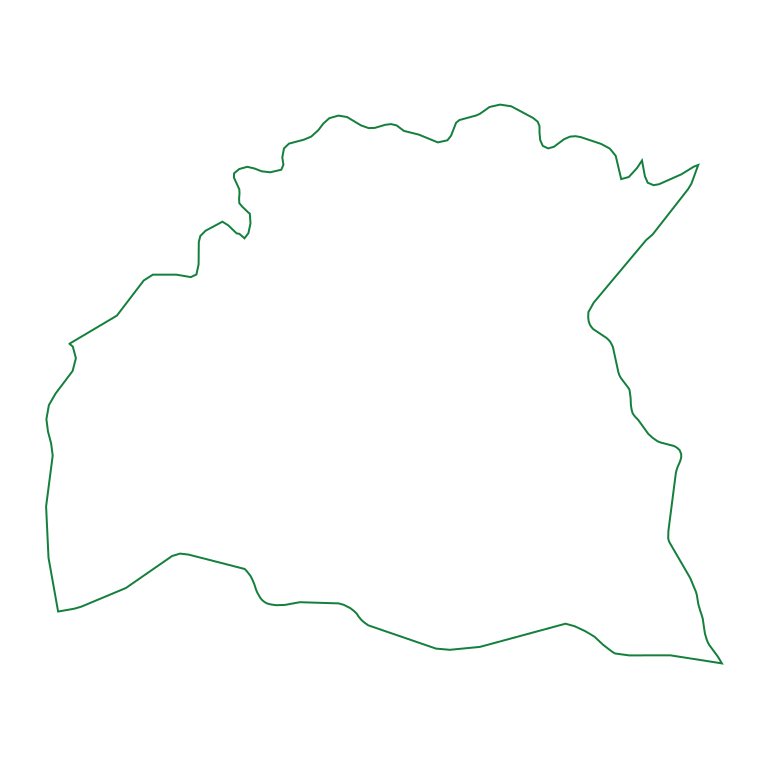 SVG path tracing the border of Soriano
{"feature_id": "URY-11", "entity_name": "Soriano", "entity_type": "Department", "adm_level": 1, "iso_a3": "URY", "parent_name": "Uruguay", "parent_adm1": "", "projection": "robinson", "projection_center": [-57.662, -33.492], "detail": "fine", "context": "isolated", "style": "outline", "palette": "green", "viewbox_px": 768, "rotation_deg": 0, "n_neighbors": 0, "source": "natural_earth", "source_scale": "10m", "svg_char_len": 2616}
<svg xmlns="http://www.w3.org/2000/svg" viewBox="0 0 768 768"><path d="M58.1,611.5L48.5,557.7L46.1,506.4L52.7,455.6L51.1,443.3L48.0,431.6L46.4,419.2L48.9,405.1L55.6,393.5L72.6,371.0L75.9,358.2L72.8,346.6L69.5,343.8L69.5,343.7L116.9,315.6L143.7,280.5L152.8,274.7L176.6,274.7L190.8,277.1L196.4,274.5L198.6,264.4L198.8,242.0L200.3,236.0L205.6,230.7L222.4,221.7L228.2,225.3L236.7,233.4L239.3,233.8L244.5,238.3L248.4,233.2L250.5,223.3L249.8,213.6L248.4,212.6L242.1,206.5L239.3,203.2L239.1,198.6L239.5,193.3L239.3,189.3L233.9,177.5L234.1,173.3L239.3,169.0L247.3,166.8L254.5,168.5L261.7,171.3L270.2,172.3L281.3,169.7L283.4,164.7L282.3,157.4L284.0,148.4L289.0,143.6L303.8,139.7L311.2,136.6L318.3,130.2L323.4,123.5L329.3,118.2L338.4,115.6L347.0,117.0L361.0,125.4L368.7,128.1L374.8,127.9L385.2,124.8L391.1,124.1L396.6,125.4L403.9,130.9L418.8,134.6L437.8,142.4L447.4,140.3L451.1,135.6L456.1,122.7L459.5,120.0L476.1,115.5L479.9,113.8L489.5,107.0L500.1,104.6L511.2,106.3L533.0,117.9L537.6,121.6L539.5,126.1L539.5,132.7L540.2,140.1L542.8,145.9L548.1,148.4L553.9,146.8L564.1,139.2L570.1,136.6L575.6,136.2L580.7,137.1L601.1,143.9L609.8,148.6L615.7,155.8L621.2,179.1L628.8,177.0L636.9,168.2L642.0,160.5L644.9,176.3L647.7,182.7L653.6,185.2L659.1,184.2L681.4,174.3L693.9,166.6L698.2,165.0L691.4,183.7L688.1,189.1L652.6,234.5L646.0,240.2L593.8,302.5L588.4,312.1L588.2,317.5L588.7,321.3L589.8,324.5L591.3,326.9L593.3,329.2L606.0,337.6L608.2,339.5L610.2,341.7L611.6,344.3L612.9,347.0L618.4,372.4L619.4,375.3L620.8,377.9L628.8,388.5L629.0,388.8L629.6,390.4L630.6,398.0L630.9,405.0L631.6,409.6L632.6,413.2L634.2,415.6L636.1,417.8L638.2,419.9L648.3,433.9L652.7,437.9L657.6,441.3L660.6,442.5L674.3,446.1L677.2,447.9L679.6,450.1L681.2,454.0L681.2,457.5L680.3,460.7L679.2,463.5L677.9,466.2L676.8,469.3L675.9,472.7L668.4,530.9L668.2,538.3L668.7,540.3L669.5,542.4L690.2,578.0L696.0,592.0L696.9,595.3L698.3,604.1L700.3,611.0L701.5,614.4L702.7,618.5L704.9,633.4L706.7,639.5L707.8,642.3L709.2,644.9L718.0,656.8L721.9,663.4L670.2,655.3L629.2,655.4L615.2,653.5L612.5,652.0L603.1,644.8L594.6,636.8L585.3,631.2L574.6,626.2L565.5,623.7L479.9,646.9L449.9,649.8L436.0,648.6L368.2,625.3L363.4,621.8L361.1,619.6L357.8,615.6L358.5,616.3L357.7,615.2L356.7,613.6L354.0,611.0L350.4,608.2L343.7,604.8L338.7,603.4L299.9,602.2L285.0,604.9L276.2,605.2L271.1,604.5L267.2,603.5L265.0,602.3L263.7,601.4L261.9,599.8L260.2,597.7L257.3,592.6L256.1,589.8L254.2,583.9L251.8,578.4L250.4,575.8L247.3,571.8L244.7,569.0L188.6,554.6L180.1,553.6L172.1,556.0L125.9,588.0L81.2,606.7L74.3,608.7L58.4,611.5L58.2,611.5L58.1,611.5Z" fill="none" stroke="#15803d" stroke-width="2"/></svg>